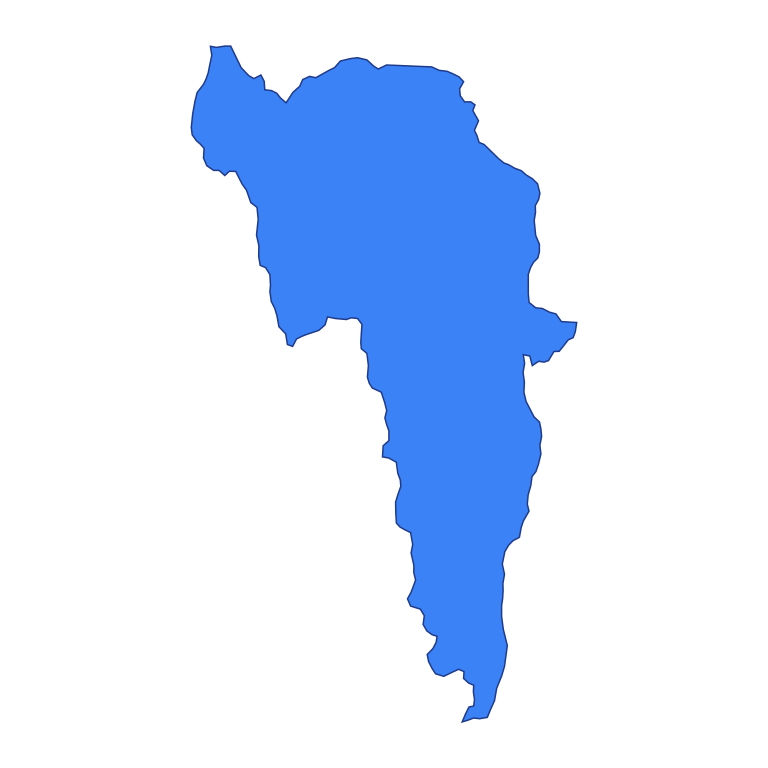 the district of Amorinópolis, Goiás, Brazil
{"feature_id": "56859067B52837395632333", "entity_name": "Amorinópolis", "entity_type": "district", "adm_level": 2, "iso_a3": "BRA", "parent_name": "Brazil", "parent_adm1": "Goiás", "projection": "equal_earth", "projection_center": [-51.105, -16.664], "detail": "fine", "context": "isolated", "style": "filled", "palette": "blue", "viewbox_px": 768, "rotation_deg": 0, "n_neighbors": 0, "source": "geoboundaries", "source_scale": "gbopen_adm2", "svg_char_len": 3054}
<svg xmlns="http://www.w3.org/2000/svg" viewBox="0 0 768 768"><path d="M576.7,322.5L569.6,322.1L561.4,321.6L555.9,313.9L549.3,312.1L542.4,308.5L535.7,307.8L529.1,302.5L528.3,293.9L528.3,281.3L528.3,274.3L530.7,267.3L533.5,262.3L537.8,258.0L539.4,251.8L539.4,244.2L535.7,235.5L535.0,228.5L534.2,220.5L535.5,212.4L535.3,205.6L538.6,199.5L539.9,193.3L537.5,183.7L532.3,178.7L526.1,174.9L521.2,170.6L514.8,168.3L508.6,164.7L503.9,163.0L498.2,158.3L492.2,152.4L484.1,144.5L479.1,142.4L476.9,135.4L474.4,130.4L478.5,120.8L472.8,110.6L475.0,104.9L470.9,101.9L464.6,101.9L460.3,95.9L459.6,88.9L463.6,81.7L459.1,76.9L452.7,73.7L447.0,71.3L439.1,70.3L431.7,66.9L386.5,65.0L378.3,69.0L374.0,66.4L366.9,59.9L357.5,57.7L350.5,58.6L340.4,61.0L334.6,67.6L329.1,70.3L315.8,77.7L309.5,76.4L302.7,79.6L299.7,86.3L293.0,92.3L286.1,102.8L280.4,97.9L276.7,93.2L271.5,90.6L264.8,89.8L264.2,81.3L260.9,75.0L253.9,78.6L248.7,75.6L241.1,67.6L234.2,53.3L230.7,46.1L224.6,46.1L216.6,47.4L210.4,46.3L211.8,55.4L209.7,65.2L208.2,72.9L206.0,79.2L203.5,84.3L197.1,92.6L194.9,101.6L192.7,113.9L191.3,127.4L192.2,134.8L196.4,140.7L200.3,144.1L204.1,148.4L203.5,157.9L206.8,165.7L213.7,170.4L219.1,170.4L224.8,175.5L229.3,171.3L235.7,171.4L242.1,184.0L246.5,190.2L250.8,202.6L257.0,207.3L258.2,219.4L256.5,235.1L258.9,245.7L258.7,256.5L260.2,265.4L265.6,267.6L269.9,274.6L270.5,285.2L269.9,291.7L271.3,301.5L274.8,308.5L277.0,315.9L278.9,326.7L285.7,333.9L287.4,344.5L292.6,346.4L296.5,339.0L301.7,336.4L306.4,334.5L318.8,330.4L325.1,324.8L327.5,316.9L335.4,318.5L346.4,319.5L351.1,317.8L357.6,318.5L362.0,324.4L361.4,332.4L360.8,342.4L361.3,348.7L366.9,353.4L368.4,365.6L367.4,377.2L369.3,383.3L372.3,388.0L381.3,392.2L384.7,402.6L386.7,410.5L384.9,417.9L386.5,424.1L388.9,430.8L388.9,440.6L383.2,445.7L382.5,456.9L388.7,458.0L396.3,462.2L397.8,473.2L400.3,480.0L400.8,486.3L397.6,495.5L395.6,502.2L395.8,512.8L396.4,523.1L400.1,527.1L404.7,529.7L410.6,532.6L412.7,544.4L411.1,553.0L413.9,565.5L413.8,572.6L415.6,580.1L411.1,592.2L407.5,598.8L410.6,606.1L420.3,609.1L424.3,615.7L423.1,624.4L426.9,631.0L432.1,634.7L437.1,636.3L436.1,642.4L432.9,648.6L427.2,654.5L428.6,661.6L432.1,668.5L435.6,673.8L443.8,676.3L451.0,672.8L458.6,669.3L464.0,671.6L463.6,678.5L468.7,683.1L473.7,685.2L473.4,692.0L474.5,699.4L473.7,706.0L469.0,707.0L465.7,713.6L462.2,721.9L467.9,720.2L473.7,718.0L479.7,718.7L487.3,717.4L490.0,710.7L494.5,700.7L496.7,688.2L501.6,676.1L504.5,666.3L505.6,658.1L507.3,645.6L503.3,629.3L501.6,616.5L501.6,605.5L502.6,598.9L503.1,590.5L502.9,583.5L504.5,574.2L502.3,564.2L504.8,551.7L508.7,545.1L513.0,540.7L519.4,537.3L521.2,527.5L523.3,521.1L529.0,511.2L527.3,504.2L528.1,495.1L530.8,485.5L532.0,476.6L535.9,471.6L538.4,464.3L540.9,454.0L539.9,445.3L541.6,436.4L540.9,428.9L539.5,422.1L534.0,416.8L526.1,401.5L523.9,392.2L524.4,382.5L523.1,372.3L524.6,363.6L523.3,354.7L529.8,356.0L532.3,365.6L538.6,361.3L544.1,362.1L548.5,360.6L554.0,351.5L559.2,351.3L563.6,345.8L568.3,339.8L573.1,337.7L575.3,331.8L576.7,322.5Z" fill="#3b82f6" stroke="#1e3a8a" stroke-width="1.5"/></svg>